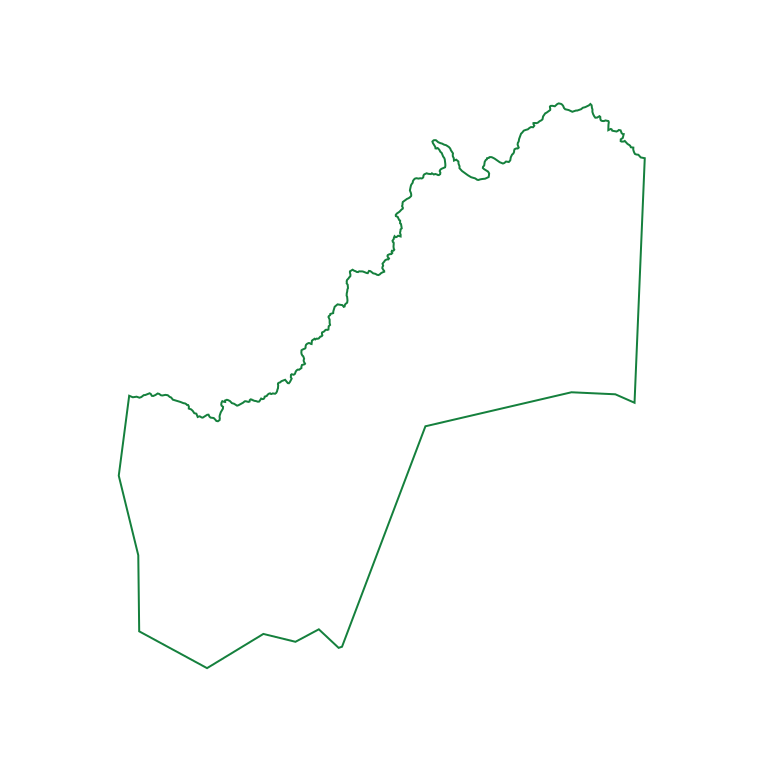 Tambura, Western Equatoria, South Sudan (Mercator projection), rotated 98°
{"feature_id": "79223893B47853667167464", "entity_name": "Tambura", "entity_type": "district", "adm_level": 2, "iso_a3": "SSD", "parent_name": "South Sudan", "parent_adm1": "Western Equatoria", "projection": "mercator", "projection_center": [26.783, 6.031], "detail": "fine", "context": "isolated", "style": "outline", "palette": "green", "viewbox_px": 768, "rotation_deg": 98, "n_neighbors": 0, "source": "geoboundaries", "source_scale": "gbopen_adm2", "svg_char_len": 6105}
<svg xmlns="http://www.w3.org/2000/svg" viewBox="0 0 768 768"><g transform="rotate(98 384 384)"><path d="M367.7,133.3L124.1,157.2L123.9,161.3L121.6,164.0L121.6,166.2L121.2,167.6L119.2,168.9L117.2,169.8L115.2,170.0L115.2,172.5L113.8,173.4L113.1,174.5L112.9,175.2L112.2,176.5L109.8,179.4L110.4,180.1L110.9,182.3L110.6,183.4L108.8,183.6L107.1,181.8L103.2,181.4L103.2,182.5L102.5,183.6L99.9,185.0L99.8,186.8L100.7,187.6L101.6,188.8L101.4,193.2L100.1,194.1L99.9,195.0L101.4,197.2L96.1,197.8L93.5,197.8L92.4,198.4L92.2,201.4L93.0,202.8L93.2,204.6L92.7,206.0L91.2,206.7L89.4,207.0L88.8,207.9L90.5,210.0L90.9,211.8L89.6,213.1L87.6,214.5L85.5,215.5L83.0,215.8L81.7,216.5L79.1,217.2L78.0,218.6L79.5,219.8L81.8,223.2L82.8,225.6L84.4,227.0L86.4,230.9L86.4,231.8L88.2,235.4L87.0,239.3L86.7,242.8L85.6,244.2L83.8,245.2L82.6,246.4L82.0,247.6L81.8,250.0L82.6,251.3L85.2,253.5L85.1,256.1L85.4,257.6L86.1,258.3L87.2,258.1L88.5,257.6L89.6,257.6L92.8,260.9L93.5,262.0L96.9,263.7L99.9,263.9L101.0,264.9L102.1,266.5L103.8,268.0L104.5,269.4L104.5,270.9L104.8,272.3L105.8,272.2L107.3,271.1L109.0,272.1L109.1,274.2L110.2,275.6L111.8,277.0L112.6,278.9L113.7,280.9L115.8,282.1L117.0,283.1L122.5,284.3L125.2,284.4L126.5,285.0L128.4,285.0L131.2,283.5L132.2,284.4L132.3,285.8L133.4,287.4L134.8,287.6L136.1,287.5L137.8,288.0L139.0,289.1L141.9,290.0L145.0,290.1L146.8,291.3L146.7,294.1L148.4,295.6L149.1,296.9L148.3,300.2L145.4,305.9L144.5,308.5L144.4,309.6L144.7,311.2L145.5,311.6L146.1,313.4L147.2,313.4L148.0,314.4L150.0,315.2L153.7,315.2L155.0,316.1L156.3,316.2L157.2,315.0L159.2,310.5L160.8,309.2L162.7,309.1L164.5,309.2L166.6,312.4L167.3,315.2L168.0,317.3L168.8,318.8L168.8,320.1L167.7,322.3L167.1,326.5L165.6,330.0L162.2,336.4L159.8,339.3L157.8,339.5L155.6,340.8L153.3,341.3L151.8,343.7L153.0,345.8L150.5,346.4L149.0,347.5L147.6,347.8L146.0,347.8L143.2,350.3L141.6,351.2L140.3,352.7L138.9,355.7L138.6,357.9L137.8,360.1L137.7,361.4L137.0,364.0L135.4,366.4L135.4,367.4L135.8,368.8L137.1,369.8L138.5,369.2L142.1,366.2L143.5,365.8L143.5,364.7L142.9,364.0L143.1,363.3L144.5,361.7L146.1,360.6L147.2,359.0L150.5,357.1L151.8,355.8L153.1,355.1L157.6,353.9L159.4,353.6L160.9,353.7L162.9,357.0L163.9,358.0L165.4,358.5L166.8,357.6L168.4,357.6L169.5,358.8L169.6,359.5L169.2,360.6L168.9,362.5L169.6,363.8L168.7,365.9L169.6,366.7L169.7,369.5L169.4,371.1L170.8,373.3L171.9,373.9L173.8,373.9L174.7,374.5L175.2,375.2L175.2,376.8L175.8,378.4L175.7,380.4L176.2,381.8L177.3,382.8L179.0,383.6L180.7,383.6L182.7,384.7L184.1,385.0L188.7,385.3L191.4,383.8L193.1,383.3L194.1,383.3L195.6,384.4L196.6,385.5L197.5,387.0L201.1,390.7L202.6,390.8L204.0,390.6L205.3,390.9L206.7,389.9L207.7,389.8L208.8,390.9L211.3,392.7L213.5,395.1L215.0,395.9L216.1,395.6L216.6,393.7L219.5,391.8L219.9,390.8L222.7,390.4L223.0,389.6L223.9,389.2L227.4,388.1L228.6,389.1L230.3,389.0L231.5,389.2L232.6,389.0L233.8,388.3L235.6,388.1L235.2,390.6L236.7,392.0L237.0,393.0L236.2,394.1L238.1,394.6L239.0,394.5L240.9,395.5L242.1,395.0L242.5,394.2L243.8,393.9L246.7,393.7L248.5,393.2L249.6,392.5L250.7,393.2L250.9,394.7L252.2,394.9L253.1,394.0L254.3,394.8L254.7,396.6L255.8,398.2L256.8,398.4L257.8,397.8L259.0,396.5L260.0,397.0L260.1,398.1L260.7,399.3L261.7,400.4L262.7,400.7L263.8,401.5L265.1,402.2L267.0,401.3L268.4,401.8L269.5,401.8L271.3,400.4L271.9,399.6L272.8,399.4L273.7,401.1L274.8,402.5L276.1,403.5L276.9,404.7L276.8,406.2L276.1,407.8L275.9,410.2L274.6,412.3L274.1,413.4L274.1,414.6L276.5,415.5L276.5,416.6L275.5,420.7L275.9,424.3L276.8,425.3L276.8,426.8L276.3,427.7L276.0,429.3L275.2,431.0L277.2,433.4L278.2,433.3L280.6,432.4L282.1,432.4L283.2,433.3L284.5,433.9L286.0,435.0L287.4,435.3L288.1,435.0L289.5,435.0L290.7,433.8L294.1,433.0L295.4,433.4L297.4,433.3L299.3,433.5L301.8,433.3L302.6,432.7L306.3,431.8L308.6,431.8L310.0,433.2L311.3,433.8L312.7,433.8L313.2,434.6L311.7,436.2L311.6,441.1L314.4,443.6L319.1,444.3L320.9,444.2L322.1,446.9L323.2,446.9L324.5,448.1L325.4,448.3L327.8,446.8L331.3,446.3L333.0,445.6L334.5,446.8L337.8,446.6L338.3,447.5L338.3,448.9L338.9,449.7L340.2,450.5L341.6,452.5L342.8,452.5L344.4,451.8L345.4,452.4L345.9,453.6L348.0,455.0L348.5,456.3L348.5,457.3L349.4,458.2L348.9,459.2L349.6,459.7L350.2,460.6L351.1,461.4L354.5,461.3L354.4,462.3L353.9,463.3L353.9,464.2L354.7,465.5L355.5,466.3L356.2,466.7L357.6,466.9L359.0,466.7L359.8,467.1L361.4,469.7L362.1,470.4L364.5,470.2L365.8,469.8L367.3,468.7L367.7,467.9L368.6,467.4L370.2,466.6L370.9,466.8L372.1,466.8L373.1,466.4L374.9,465.0L375.5,465.4L376.6,467.9L378.4,468.2L379.7,468.0L381.7,470.1L381.7,471.3L382.5,472.3L383.8,473.1L386.3,473.6L387.4,474.7L387.2,476.8L387.9,477.4L390.3,477.2L391.5,476.2L395.0,477.4L396.5,478.3L396.5,479.4L393.6,482.5L395.5,486.0L396.8,487.0L397.2,488.0L398.1,489.0L399.1,489.0L399.9,488.6L403.2,488.4L404.0,488.7L406.1,488.9L407.8,489.5L408.8,490.5L408.8,492.8L409.6,494.1L409.6,494.6L409.1,495.5L409.6,496.6L410.7,497.7L412.2,498.5L413.1,500.4L414.1,500.4L415.5,501.1L415.9,502.4L415.5,503.6L418.7,505.1L419.1,506.4L418.7,508.5L418.7,510.2L418.3,511.3L418.3,512.2L417.8,512.8L417.8,514.0L418.7,514.7L420.1,514.7L420.6,515.8L420.3,518.5L420.6,519.6L422.1,520.9L425.3,525.2L425.9,526.5L424.4,529.8L424.1,532.0L422.4,534.1L421.7,536.0L421.5,537.4L422.5,539.1L423.9,538.8L423.9,539.9L423.5,541.7L425.0,542.3L427.1,542.3L428.1,541.8L429.0,540.2L430.9,540.1L434.7,541.7L438.0,542.3L439.3,542.3L440.9,541.8L442.6,541.8L444.0,543.3L443.9,544.9L443.0,545.8L441.4,547.9L441.4,551.1L440.6,552.3L438.8,553.5L439.1,554.8L442.5,558.8L442.5,560.0L441.8,561.5L441.7,562.4L442.6,563.9L439.5,565.7L439.3,567.8L437.2,569.7L436.0,571.4L435.5,573.9L433.5,574.1L432.1,575.0L432.1,576.3L431.5,576.9L430.9,578.4L430.9,579.9L430.1,583.1L428.9,590.9L427.0,592.9L426.6,594.4L425.2,596.6L425.2,599.0L426.2,601.8L426.2,603.3L425.1,605.3L424.9,606.8L426.7,608.8L428.0,610.9L428.0,612.3L426.4,613.5L425.8,614.8L428.1,618.8L428.5,620.4L430.7,622.5L431.6,624.3L431.0,627.2L432.1,630.9L431.1,634.7L511.7,633.9L587.8,603.5L663.0,592.0L690.0,519.7L648.3,468.7L651.6,435.8L636.0,414.4L651.6,392.2L650.0,389.0L420.1,337.1L366.1,197.2L362.0,153.5L367.7,133.3Z" fill="none" stroke="#15803d" stroke-width="2"/></g></svg>